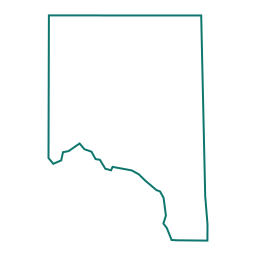 Crane, Texas, United States of America (orthographic projection)
{"feature_id": "52423323B45238818245083", "entity_name": "Crane", "entity_type": "district", "adm_level": 2, "iso_a3": "USA", "parent_name": "United States of America", "parent_adm1": "Texas", "projection": "orthographic", "projection_center": [-102.544, 31.369], "detail": "fine", "context": "isolated", "style": "outline", "palette": "teal", "viewbox_px": 256, "rotation_deg": 0, "n_neighbors": 0, "source": "geoboundaries", "source_scale": "gbopen_adm2", "svg_char_len": 472}
<svg xmlns="http://www.w3.org/2000/svg" viewBox="0 0 256 256"><path d="M48.9,15.4L48.5,158.0L53.3,163.8L61.2,160.4L63.0,152.2L68.6,151.1L79.6,143.5L84.4,149.2L91.5,151.7L95.6,159.1L99.9,159.8L105.3,168.7L111.0,170.3L112.6,166.9L131.7,170.4L138.8,174.3L145.0,180.4L156.4,190.1L160.0,191.4L163.6,197.9L165.9,215.6L163.4,223.6L166.8,228.0L171.6,240.0L177.5,240.3L207.4,240.6L207.5,224.3L205.2,196.1L201.2,15.5L48.9,15.4Z" fill="none" stroke="#0f766e" stroke-width="2"/></svg>